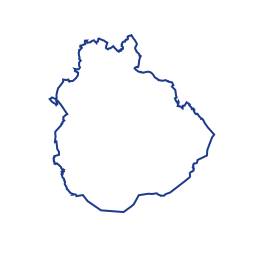 Vinje nor, Telemark, Norway (Mercator projection), rotated 204°
{"feature_id": "86288312B99450308134053", "entity_name": "Vinje nor", "entity_type": "district", "adm_level": 2, "iso_a3": "NOR", "parent_name": "Norway", "parent_adm1": "Telemark", "projection": "mercator", "projection_center": [7.901, 59.807], "detail": "fine", "context": "isolated", "style": "outline", "palette": "blue", "viewbox_px": 256, "rotation_deg": 204, "n_neighbors": 0, "source": "geoboundaries", "source_scale": "gbopen_adm2", "svg_char_len": 5822}
<svg xmlns="http://www.w3.org/2000/svg" viewBox="0 0 256 256"><g transform="rotate(204 128 128)"><path d="M97.9,49.4L93.0,57.9L91.7,60.7L90.8,71.0L82.7,76.2L79.4,77.4L75.2,80.0L74.5,79.9L73.3,79.4L71.6,79.7L70.7,79.3L69.1,80.2L67.6,80.8L67.4,81.1L67.1,82.1L66.8,82.8L63.2,86.3L54.5,102.4L51.6,108.2L51.6,108.7L51.9,109.6L52.1,110.1L53.1,111.6L53.1,112.2L52.6,113.4L52.0,114.2L51.7,114.3L50.8,115.8L51.1,116.2L51.2,116.6L51.4,116.8L51.4,117.1L51.2,117.4L51.2,117.6L52.8,118.2L52.8,118.5L52.4,119.3L53.4,120.5L53.5,121.6L53.1,122.6L52.0,123.0L50.9,124.3L51.4,127.1L44.7,135.0L46.6,140.2L47.4,153.5L46.6,157.1L55.3,161.0L60.5,164.1L60.8,164.6L63.7,166.6L64.8,166.1L64.9,166.4L65.6,166.9L67.0,167.2L70.4,169.2L70.9,169.0L71.1,168.5L71.4,168.4L72.4,168.5L74.9,170.4L74.6,171.3L75.0,171.8L76.2,172.4L76.6,171.9L76.7,171.5L77.4,171.2L77.5,171.3L77.4,171.8L77.8,172.1L79.1,172.9L80.6,173.3L81.7,174.1L81.8,174.2L81.4,174.7L81.7,174.8L84.9,175.3L85.4,171.4L86.9,170.7L86.1,168.1L87.4,168.5L87.7,168.8L88.4,169.1L89.4,168.7L91.6,168.3L91.6,168.7L91.0,169.2L92.1,170.1L92.3,170.6L92.7,170.8L92.1,171.4L92.2,171.5L92.2,172.1L92.4,172.4L92.4,172.6L92.8,172.9L92.7,172.0L93.1,171.4L93.3,171.4L93.4,171.6L94.6,171.9L95.3,172.3L97.2,174.2L96.0,175.6L97.1,176.9L100.3,182.0L104.6,183.6L104.4,184.0L104.6,184.4L104.5,184.9L104.0,185.6L105.0,186.5L105.8,187.0L106.4,187.6L109.9,186.7L110.2,187.2L111.3,186.8L112.9,187.1L115.5,185.3L116.3,185.1L116.9,184.8L118.7,184.5L119.1,184.2L119.6,184.1L120.0,184.6L120.8,184.6L121.8,185.0L122.9,184.8L125.2,185.8L126.0,186.6L128.1,187.6L130.2,188.1L132.9,187.5L136.8,184.6L137.7,184.6L138.5,184.2L138.7,184.5L139.2,184.5L139.3,184.3L140.5,183.9L141.5,183.8L144.8,184.5L145.8,185.0L146.3,185.3L145.2,187.2L144.0,187.4L143.5,187.8L144.2,191.0L144.7,192.6L145.2,193.9L145.3,195.0L145.8,197.3L145.6,198.9L146.4,199.1L147.1,198.8L147.7,199.9L148.4,200.3L151.4,201.3L151.6,201.8L152.0,202.2L153.5,203.0L154.2,204.6L153.9,205.6L154.1,206.1L153.8,207.9L154.3,208.4L154.5,208.9L157.6,211.1L160.4,212.5L161.0,213.1L162.7,214.2L163.4,213.1L164.2,212.8L165.0,212.1L165.1,211.8L165.6,211.3L165.6,211.2L165.1,210.8L165.1,210.6L164.8,210.3L164.6,209.7L164.3,209.5L164.5,208.6L165.0,208.2L165.7,208.1L165.9,207.7L165.8,207.2L166.1,206.8L165.8,206.2L165.9,205.6L166.5,205.5L167.6,204.7L167.8,204.4L167.8,203.4L167.7,203.1L167.9,202.7L167.7,202.1L167.8,201.7L167.3,201.3L167.2,200.3L166.5,200.3L165.9,199.8L165.6,199.8L165.0,198.9L164.9,198.5L165.1,197.6L165.9,197.6L166.4,197.1L166.1,196.6L166.0,195.7L166.3,195.7L166.5,195.4L167.3,195.6L167.6,195.4L167.7,195.0L167.4,194.3L167.3,194.0L167.4,193.9L168.3,194.2L169.5,194.3L171.0,195.1L172.9,195.7L173.8,196.4L174.2,196.5L174.5,196.3L174.9,196.6L176.5,193.6L177.5,193.2L177.8,192.8L178.2,191.8L179.6,191.9L180.1,191.8L180.8,192.3L181.1,193.3L181.4,196.0L181.5,196.3L181.4,196.6L181.5,197.5L184.1,197.7L185.2,198.1L190.0,197.8L190.8,198.0L191.4,197.4L191.2,196.9L190.9,195.9L191.0,195.3L190.8,195.0L191.1,194.8L191.2,194.4L191.1,194.2L191.5,193.8L191.5,193.2L191.4,192.8L193.7,193.7L194.7,194.3L195.3,193.9L196.3,192.8L196.9,192.0L197.0,191.2L199.1,189.9L199.9,189.2L201.0,190.6L201.0,191.1L201.7,190.5L202.3,190.5L202.9,191.3L202.8,191.1L202.8,190.1L202.6,189.4L201.7,187.6L201.3,187.1L202.3,186.3L203.7,184.7L205.0,184.0L204.9,183.7L204.8,182.8L203.8,182.8L203.8,182.7L203.1,182.6L203.1,182.4L202.9,182.3L203.0,182.1L203.0,181.6L203.5,180.5L203.4,180.3L203.5,180.0L204.3,179.6L204.3,178.9L203.7,178.0L203.6,177.4L203.7,176.8L201.8,173.7L200.8,172.6L200.9,171.8L200.7,171.3L199.5,170.7L199.1,170.7L198.6,170.4L199.3,168.1L198.9,167.1L198.7,166.4L197.8,164.8L196.5,163.8L196.9,161.7L199.0,160.7L199.2,160.4L199.8,160.5L200.7,160.3L200.5,160.2L200.1,159.9L199.7,158.5L198.4,158.3L197.5,158.6L197.2,158.4L196.1,158.3L195.2,155.5L195.9,152.2L197.5,148.6L199.7,147.4L200.3,146.5L201.0,146.6L201.0,147.2L202.4,148.0L203.5,146.8L207.0,145.9L206.0,143.8L206.3,142.9L207.0,139.8L208.0,135.8L207.6,132.7L206.7,128.8L205.3,126.2L205.3,125.1L209.9,125.0L210.1,124.7L210.4,123.7L211.3,122.6L210.0,121.9L208.4,121.2L206.4,120.7L203.9,120.5L203.0,119.8L202.9,120.6L202.6,120.7L202.3,121.0L203.1,122.2L204.6,123.4L203.5,124.4L198.6,121.9L189.1,115.9L190.3,114.4L190.9,112.7L191.5,112.0L191.5,111.5L191.0,110.5L190.6,110.0L190.6,109.9L190.5,109.6L190.2,109.3L190.2,109.2L189.9,109.1L190.0,109.0L189.3,108.8L189.7,108.0L189.8,107.4L190.2,107.0L190.1,106.7L190.2,106.4L190.0,106.0L190.1,105.9L190.0,105.7L190.0,105.3L189.9,104.9L190.5,104.4L190.4,103.7L190.3,103.4L190.4,103.0L190.3,102.9L192.8,95.4L192.9,94.7L190.7,90.7L189.7,87.4L189.2,86.8L189.2,86.0L189.3,85.9L189.3,85.7L189.0,85.3L187.9,86.5L184.1,80.1L181.4,78.1L180.1,75.5L183.9,72.3L183.9,71.8L183.4,71.3L183.6,71.1L183.5,70.9L183.5,70.3L183.6,70.2L183.6,69.7L182.8,69.0L182.8,68.5L182.6,68.4L182.4,67.8L181.7,67.4L181.8,67.0L180.8,66.4L180.5,65.9L180.7,65.5L180.6,65.4L179.7,65.5L179.2,66.0L179.1,66.3L178.9,66.6L178.3,66.8L177.7,66.4L176.7,66.3L173.2,65.0L172.9,64.7L172.7,64.2L171.8,63.5L170.8,63.4L170.6,63.7L170.9,63.8L170.5,63.8L170.5,63.6L169.7,63.7L169.8,63.3L170.1,63.0L170.4,63.3L170.5,63.0L169.6,62.6L169.2,62.7L168.9,62.6L168.8,62.4L169.1,61.8L169.3,61.5L170.3,61.4L170.7,61.5L170.9,61.2L170.3,60.8L169.9,60.4L169.7,60.1L169.2,60.0L169.1,59.8L170.1,59.6L170.1,59.2L170.0,58.8L169.2,58.2L168.9,57.6L168.6,57.5L168.0,56.5L166.6,55.6L166.2,55.7L165.7,55.5L165.2,54.8L164.9,53.9L163.9,53.6L163.9,53.3L163.5,52.8L163.1,51.2L162.6,50.6L162.0,50.4L161.2,49.8L161.0,49.5L160.0,48.9L159.9,48.6L159.5,48.3L159.5,48.0L159.4,47.8L158.9,47.5L158.9,47.3L158.4,47.1L158.1,47.2L157.1,46.9L156.4,46.2L155.1,45.8L154.7,45.4L153.3,45.2L151.4,45.4L151.0,45.3L151.0,45.1L151.2,44.7L150.8,44.9L150.6,45.5L148.6,45.9L147.8,45.5L147.4,44.8L141.9,48.4L135.3,44.8L119.2,41.8L97.9,49.4Z" fill="none" stroke="#1e3a8a" stroke-width="2"/></g></svg>